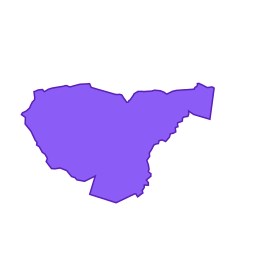 Ombúes de Lavalle, Colonia, Uruguay (Robinson projection), rotated 339°
{"feature_id": "84410073B82922235042085", "entity_name": "Ombúes de Lavalle", "entity_type": "district", "adm_level": 2, "iso_a3": "URY", "parent_name": "Uruguay", "parent_adm1": "Colonia", "projection": "robinson", "projection_center": [-57.747, -33.963], "detail": "fine", "context": "isolated", "style": "filled", "palette": "violet", "viewbox_px": 256, "rotation_deg": 339, "n_neighbors": 0, "source": "geoboundaries", "source_scale": "gbopen_adm2", "svg_char_len": 3044}
<svg xmlns="http://www.w3.org/2000/svg" viewBox="0 0 256 256"><g transform="rotate(339 128 128)"><path d="M222.7,121.6L222.5,121.4L222.2,121.0L222.1,120.8L221.9,120.5L221.7,120.2L221.4,119.9L221.2,119.9L220.8,119.7L220.5,119.6L220.2,119.5L219.8,119.4L219.4,119.4L219.1,119.3L218.7,119.2L218.3,119.1L217.8,119.0L217.2,118.9L216.9,118.8L216.7,118.7L216.4,118.5L216.1,118.2L215.7,117.8L215.2,117.2L214.9,116.9L214.6,116.6L214.2,116.1L213.6,115.4L213.1,114.8L212.4,114.1L211.9,113.5L211.8,113.4L211.7,113.5L211.5,113.3L211.2,112.9L210.7,112.4L210.2,111.7L209.9,111.7L209.7,111.8L209.4,111.7L209.1,111.5L209.0,111.4L208.7,111.4L208.7,111.5L208.5,112.0L208.3,112.3L208.2,112.7L208.2,112.8L207.9,113.1L207.5,113.4L207.2,113.7L207.0,113.8L206.9,113.9L206.7,113.9L206.2,114.0L205.5,114.0L205.2,114.1L204.9,114.3L204.5,114.6L204.2,114.8L204.0,115.0L203.9,115.1L203.9,115.4L203.6,115.4L203.2,115.3L202.5,115.1L196.2,113.2L194.4,112.6L191.8,111.8L186.5,110.2L186.3,110.2L185.7,110.1L185.3,110.1L185.1,110.0L184.7,110.0L184.1,109.9L183.4,109.8L183.1,109.8L182.9,109.7L182.6,109.7L182.0,109.7L181.3,109.8L180.6,109.9L180.2,109.9L179.7,110.0L179.3,110.0L178.8,110.0L178.5,110.1L178.2,110.1L177.9,110.1L177.6,110.1L176.6,110.2L176.3,110.2L176.2,110.2L175.7,109.5L175.1,108.5L174.6,107.7L174.4,107.5L174.3,107.4L173.8,106.9L173.3,106.4L173.0,106.2L172.8,106.0L172.2,105.4L171.5,104.8L166.3,102.2L163.1,102.0L161.4,101.4L158.0,100.3L156.1,99.8L154.4,98.9L150.3,97.4L148.9,97.7L147.1,98.0L145.9,98.3L144.8,99.3L140.3,102.4L138.7,102.8L137.3,103.9L136.0,103.5L135.1,99.7L134.8,98.8L134.0,94.8L132.5,93.9L132.4,93.8L132.4,93.6L130.2,93.0L129.7,92.8L129.3,92.7L129.1,92.6L129.0,92.4L128.9,92.3L128.8,92.2L128.7,92.2L128.4,92.2L128.2,92.1L124.3,89.1L113.9,81.3L108.2,76.9L108.0,72.8L105.1,72.0L99.7,70.2L98.5,69.9L93.2,69.3L92.2,69.2L88.7,68.9L87.1,67.7L86.3,66.7L84.8,66.0L82.9,65.9L80.8,65.5L74.7,64.2L70.9,63.5L67.3,63.3L65.7,63.7L62.8,64.0L62.0,61.5L60.9,61.1L57.8,60.3L54.3,60.5L53.3,60.3L52.5,63.3L52.1,65.0L52.1,65.3L51.4,67.3L50.7,68.2L49.8,68.7L47.9,69.6L46.1,71.2L43.5,73.8L43.1,74.2L42.5,74.4L41.5,74.8L39.7,75.5L39.0,75.7L38.1,75.8L34.9,76.0L33.3,77.3L36.0,81.3L33.4,87.4L36.3,96.4L37.0,106.3L37.9,108.7L36.6,111.1L38.4,113.6L39.3,120.0L41.1,122.6L41.9,127.5L39.6,130.0L42.0,138.5L45.4,140.0L50.3,141.0L55.5,145.8L57.9,153.1L60.7,155.3L61.7,158.1L68.4,162.2L80.2,161.1L68.5,176.2L90.1,193.5L105.0,192.3L110.5,191.9L111.7,192.3L112.3,195.7L113.0,195.6L116.0,194.6L118.6,194.0L118.8,191.5L120.6,190.4L122.0,189.1L122.7,187.1L125.1,188.1L126.5,188.7L127.4,186.3L126.5,183.2L132.1,181.2L133.0,178.7L132.1,177.7L131.4,175.8L132.9,174.1L133.8,169.7L134.0,164.9L138.0,162.3L139.0,158.9L142.1,156.7L146.1,153.1L148.7,153.0L150.8,153.4L152.5,151.0L155.6,151.4L158.3,154.1L163.3,151.5L165.5,148.6L168.3,149.1L171.2,148.7L172.0,145.6L172.5,144.5L175.1,144.7L175.5,142.4L176.3,140.9L179.6,141.1L181.2,141.0L182.5,138.3L184.0,137.8L188.1,138.6L189.7,136.8L190.7,133.9L194.2,138.9L207.6,149.2L222.7,121.6Z" fill="#8b5cf6" stroke="#5b21b6" stroke-width="1.5"/></g></svg>